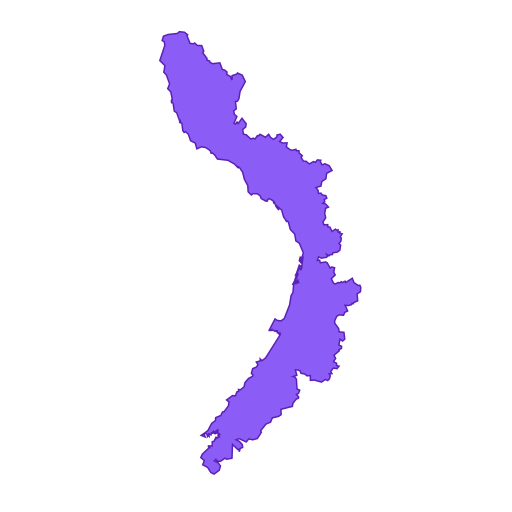 Liguria, La Spezia, Italy (orthographic projection), rotated 93°
{"feature_id": "23120603B90496191820000", "entity_name": "Liguria", "entity_type": "district", "adm_level": 2, "iso_a3": "ITA", "parent_name": "Italy", "parent_adm1": "La Spezia", "projection": "orthographic", "projection_center": [8.819, 44.226], "detail": "fine", "context": "isolated", "style": "filled", "palette": "violet", "viewbox_px": 512, "rotation_deg": 93, "n_neighbors": 0, "source": "geoboundaries", "source_scale": "gbopen_adm2", "svg_char_len": 6094}
<svg xmlns="http://www.w3.org/2000/svg" viewBox="0 0 512 512"><g transform="rotate(93 256 256)"><path d="M73.9,294.5L72.0,296.8L71.5,299.4L65.0,302.2L66.2,309.4L65.0,312.1L63.6,312.6L63.0,315.3L61.2,315.3L55.9,319.8L54.3,318.9L48.7,321.2L48.8,325.7L46.5,328.4L47.4,329.8L47.1,333.0L39.7,336.5L38.7,335.8L36.3,339.1L36.0,344.3L37.9,346.2L39.4,355.4L41.3,359.9L45.8,361.0L46.8,358.8L50.5,358.1L65.9,362.3L70.6,356.9L77.3,357.7L79.8,355.0L88.6,351.3L93.6,352.9L96.5,349.7L103.4,347.9L105.1,348.5L105.1,348.2L105.6,348.5L107.0,348.4L108.0,348.0L106.7,348.4L106.3,348.2L108.0,346.7L115.6,345.2L117.1,342.7L125.9,339.0L127.2,339.5L125.4,338.6L126.9,338.4L127.3,337.0L134.8,335.6L136.4,334.2L135.5,332.9L138.0,329.9L144.3,327.4L146.4,322.6L152.1,320.7L149.8,316.2L150.4,311.7L153.1,307.3L155.7,306.2L155.4,304.9L157.1,302.7L161.2,299.6L161.9,289.0L165.3,282.3L168.8,278.6L169.1,277.9L168.5,278.8L167.7,278.7L168.7,277.0L173.1,273.7L180.1,271.6L186.1,267.9L192.3,267.2L195.3,263.9L193.9,262.3L193.8,257.7L195.9,254.9L198.4,253.8L200.7,248.9L200.6,248.1L200.3,246.7L200.4,248.5L198.0,246.0L199.9,241.8L201.9,241.1L201.3,240.5L205.8,238.4L208.9,235.6L205.6,237.0L208.7,232.8L215.3,230.6L220.0,227.3L219.5,226.4L220.3,225.5L227.7,223.1L232.1,218.5L238.8,217.0L241.0,213.4L250.3,208.9L254.7,209.9L255.3,211.2L258.6,211.3L258.8,210.1L255.6,209.4L255.3,209.1L262.9,209.6L264.0,211.0L263.8,209.7L265.3,209.7L267.0,210.4L266.3,211.0L268.1,210.9L262.9,211.8L271.3,214.1L271.9,213.2L272.7,214.1L272.6,213.3L279.0,215.7L279.3,214.4L277.9,213.0L280.3,212.0L280.7,213.4L279.4,213.7L280.8,214.2L281.0,215.1L280.0,215.0L280.4,215.5L281.5,215.1L281.5,216.4L280.7,216.1L281.5,216.4L280.7,216.2L282.0,216.9L290.4,217.2L293.8,218.9L303.1,219.9L317.0,224.5L319.5,227.7L319.2,231.6L317.8,233.7L330.2,239.3L328.9,238.2L329.6,237.5L328.7,236.5L329.5,236.5L329.2,234.7L330.0,233.6L330.3,231.6L329.5,231.9L329.5,231.0L331.6,230.6L331.3,229.3L332.0,229.3L332.1,229.0L332.9,228.9L333.1,228.7L332.0,227.9L333.0,227.5L357.3,241.1L360.2,244.5L358.6,246.4L360.4,246.1L361.9,250.2L364.4,248.3L366.9,249.8L368.6,253.4L373.5,254.5L375.0,252.8L376.3,253.1L378.6,257.0L383.0,260.4L387.3,261.1L390.4,264.5L390.2,266.5L392.1,266.3L392.7,268.0L396.7,269.2L396.6,272.1L401.3,277.9L403.1,275.4L407.1,275.7L413.2,279.8L413.5,281.3L417.1,282.8L419.5,287.8L422.5,287.9L425.3,291.4L432.8,294.9L435.4,297.9L436.6,295.6L438.7,295.0L437.8,294.4L438.6,293.4L436.1,293.8L437.0,291.6L434.9,291.2L435.2,290.2L433.6,289.4L435.1,288.9L435.3,288.4L433.6,288.7L434.1,287.8L431.6,285.2L432.4,284.8L433.4,286.8L434.2,285.9L435.5,287.0L435.4,287.7L435.4,288.2L435.5,287.0L434.0,285.0L435.6,284.6L434.9,284.3L435.9,283.1L436.1,284.8L436.6,283.3L437.6,284.4L438.6,283.1L439.7,285.1L439.2,285.5L440.5,286.4L439.7,286.7L443.3,288.3L443.7,290.0L448.0,289.8L448.1,293.2L449.5,292.3L449.3,293.4L450.3,293.1L456.6,299.2L460.2,300.6L463.0,296.9L467.3,298.3L469.6,293.3L474.6,289.7L476.0,286.5L471.9,281.5L467.6,280.5L464.5,282.9L462.8,286.9L461.1,285.5L462.9,283.8L463.0,280.9L459.5,276.3L460.5,274.8L459.2,269.4L445.4,269.6L450.2,264.1L450.0,263.1L452.3,262.4L449.0,261.7L447.9,259.3L445.0,259.8L442.0,262.9L440.6,266.3L439.3,263.3L442.2,256.0L439.1,253.7L439.7,249.6L438.2,245.1L431.8,241.4L430.2,242.2L423.3,237.2L421.2,232.8L416.8,231.2L415.0,225.1L413.1,222.6L407.8,223.1L404.3,211.8L401.1,211.4L396.9,208.4L395.8,206.2L394.6,206.0L392.1,208.3L391.0,206.4L387.7,205.3L386.6,208.1L376.9,209.2L374.9,210.9L374.4,212.7L373.0,209.0L367.6,210.7L367.7,207.8L368.7,205.8L370.8,204.9L371.3,201.2L373.0,198.8L372.6,195.5L377.3,195.2L376.9,191.1L378.5,184.0L375.7,180.3L376.6,177.9L375.0,176.3L371.7,175.5L369.9,176.8L369.5,174.0L367.6,175.4L364.7,173.5L363.9,172.8L364.3,169.2L361.7,167.3L361.2,169.7L358.9,169.9L357.5,173.1L354.1,171.1L351.0,172.9L346.3,167.9L345.3,168.4L343.8,165.8L341.7,165.8L340.5,168.6L334.7,167.8L336.4,165.1L334.4,163.0L327.6,164.2L327.4,169.0L324.1,169.7L318.9,173.9L316.4,174.0L311.8,172.1L310.4,169.5L310.6,165.5L307.6,164.4L306.1,161.6L300.5,164.4L300.7,161.3L299.6,158.1L298.2,157.6L298.6,156.5L297.3,155.8L295.5,152.1L288.5,153.0L286.2,149.8L282.0,149.7L279.8,150.7L280.0,152.6L277.5,156.7L273.2,158.7L277.8,165.0L276.5,165.7L277.9,168.3L277.2,169.6L278.4,170.7L278.2,172.6L279.8,175.5L279.1,177.1L274.7,179.6L270.8,175.9L268.1,177.5L263.6,176.9L263.0,179.7L264.1,181.4L259.1,184.5L258.3,186.1L259.4,191.4L256.8,192.3L257.2,194.5L253.6,193.5L254.7,190.7L253.7,185.7L252.5,184.4L250.7,185.5L251.9,182.9L250.7,181.9L250.6,179.8L248.8,179.4L247.8,174.9L245.9,172.6L240.7,172.0L239.2,173.8L236.8,172.0L233.6,171.8L232.4,172.9L229.4,171.1L228.9,173.3L226.8,173.5L228.3,174.0L227.8,175.3L225.6,175.4L226.1,176.3L225.0,178.1L227.5,181.3L223.3,183.7L223.1,185.8L220.9,186.0L221.3,189.8L218.5,190.9L214.3,188.4L209.9,189.6L204.7,189.0L203.4,186.2L200.4,189.2L199.8,192.1L198.3,190.1L196.1,190.9L194.6,188.3L192.1,189.3L191.6,193.0L189.9,194.3L190.1,196.9L187.1,197.5L184.5,199.7L182.8,194.8L178.2,194.2L175.2,190.2L169.8,189.8L166.6,184.5L162.0,187.6L160.3,191.9L161.5,194.7L158.5,196.7L157.0,196.3L156.8,199.7L159.3,201.5L158.7,203.6L161.3,207.6L158.8,210.9L158.8,213.7L155.1,216.1L153.4,215.0L150.9,218.3L148.6,218.6L148.8,221.2L147.3,221.7L148.6,225.6L147.9,227.8L145.4,231.4L141.4,230.9L141.8,235.0L140.5,238.4L136.2,235.2L133.1,238.2L134.0,241.3L136.1,241.5L138.6,244.6L136.9,247.6L133.8,249.7L136.9,252.8L134.2,258.4L135.8,259.6L135.7,260.9L139.2,263.1L138.5,264.9L139.5,267.3L135.4,272.1L135.0,274.9L130.4,275.9L127.8,273.1L124.5,272.7L119.2,277.2L124.7,280.8L123.2,282.0L125.4,283.4L124.6,285.0L117.7,282.4L115.6,285.0L112.2,285.9L110.1,283.4L102.9,284.6L102.4,282.7L99.9,281.3L92.4,280.5L82.4,275.8L76.1,279.2L74.2,284.1L75.3,284.6L77.1,289.3L81.6,289.2L78.0,291.0L76.2,294.8L73.9,294.5ZM439.4,297.2L437.7,298.2L435.6,298.2L438.0,301.4L439.4,297.2ZM279.0,216.0L272.1,214.4L279.0,216.2L281.3,217.3L283.0,218.2L279.0,216.0ZM271.1,214.6L262.1,212.1L271.1,214.6L272.9,215.5L272.9,215.4L271.1,214.6ZM258.4,212.5L261.0,210.1L260.6,210.2L260.2,210.4L258.4,212.5L254.1,211.6L258.4,212.5Z" fill="#8b5cf6" stroke="#5b21b6" stroke-width="1.5"/></g></svg>